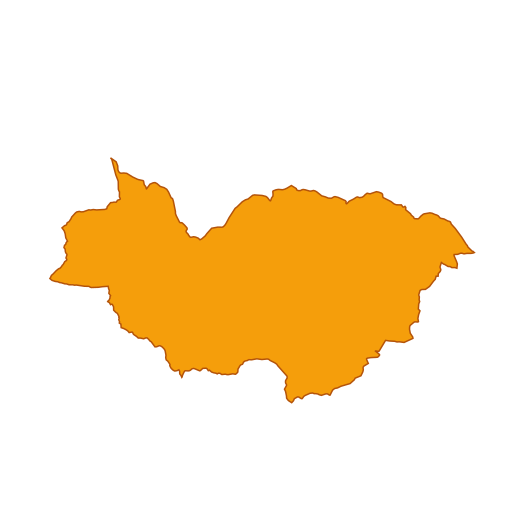 the district of Dong Giang, Quàng Nam, Vietnam, rotated 216°
{"feature_id": "81297802B9107629386142", "entity_name": "Dong Giang", "entity_type": "district", "adm_level": 2, "iso_a3": "VNM", "parent_name": "Vietnam", "parent_adm1": "Quàng Nam", "projection": "orthographic", "projection_center": [107.776, 15.912], "detail": "fine", "context": "isolated", "style": "filled", "palette": "amber", "viewbox_px": 512, "rotation_deg": 216, "n_neighbors": 0, "source": "geoboundaries", "source_scale": "gbopen_adm2", "svg_char_len": 6108}
<svg xmlns="http://www.w3.org/2000/svg" viewBox="0 0 512 512"><g transform="rotate(216 256 256)"><path d="M431.4,249.9L429.5,249.4L417.2,239.3L411.8,235.8L411.1,235.1L406.6,229.1L405.3,228.1L404.2,227.7L401.3,223.6L399.6,222.7L399.3,222.3L399.5,221.5L400.8,219.7L400.7,217.5L400.9,217.2L402.6,216.1L403.3,215.2L405.0,213.7L405.3,209.1L405.3,208.3L404.5,206.5L405.7,204.8L412.0,199.6L415.0,197.9L416.8,196.0L418.4,195.1L421.7,190.3L423.4,188.9L425.2,188.2L426.9,186.3L427.4,184.7L428.0,179.1L427.6,177.6L427.4,174.0L428.3,171.9L427.7,170.0L427.9,169.1L428.7,168.1L429.5,164.7L426.1,163.7L423.4,161.8L420.6,158.9L417.2,157.2L417.4,156.7L417.4,154.9L416.8,153.7L417.2,152.1L416.3,149.9L414.5,149.4L412.7,147.4L411.6,146.7L410.1,146.3L409.6,145.8L408.6,142.7L407.1,142.1L406.7,141.0L407.4,139.0L407.0,135.7L407.3,134.5L407.1,133.4L407.3,131.4L407.5,130.6L407.9,130.2L408.3,129.3L409.0,126.7L409.6,122.1L410.1,120.1L409.6,117.7L409.5,116.6L406.7,116.4L403.5,117.4L401.1,118.7L399.2,119.1L397.8,119.9L394.3,121.1L392.8,122.1L390.4,122.8L387.3,125.0L385.7,125.7L384.3,126.9L377.0,130.7L373.4,133.2L371.5,133.4L370.6,133.8L365.2,138.0L362.2,140.9L357.8,144.6L356.0,142.9L354.5,142.0L353.1,139.3L350.3,138.4L350.2,137.3L349.4,136.2L349.0,134.3L349.0,133.3L349.3,132.4L349.2,131.9L347.1,132.1L345.1,131.1L344.5,132.1L343.8,132.4L341.4,131.2L339.3,128.5L336.3,128.0L334.5,128.1L333.2,127.5L331.1,126.3L330.9,125.7L330.2,125.4L329.6,123.8L327.7,122.6L327.2,121.4L325.3,121.5L323.0,118.8L320.3,119.6L317.5,120.0L315.6,120.0L313.6,119.5L311.6,121.6L310.9,121.6L309.0,120.6L305.1,120.7L303.1,120.4L301.2,121.7L298.2,123.0L297.0,125.0L296.0,125.7L293.9,125.5L291.9,124.9L290.3,125.0L284.3,123.1L283.0,124.2L281.6,126.5L280.6,127.1L278.7,127.3L276.0,126.9L274.0,126.1L270.5,122.8L269.3,120.7L267.6,119.2L265.6,119.1L262.3,117.9L261.8,117.6L261.3,116.6L259.5,115.6L258.4,115.2L255.8,114.9L254.1,115.2L252.5,116.8L251.5,118.6L250.1,117.9L248.4,115.8L246.6,115.3L244.7,114.2L244.7,114.8L245.3,116.2L246.0,119.6L246.0,121.2L245.8,121.6L243.3,123.2L242.4,124.1L241.9,125.1L241.5,127.0L240.6,128.2L239.6,128.7L234.1,130.0L233.6,130.6L233.0,133.8L230.4,135.9L229.3,136.0L227.2,135.2L226.8,135.5L226.5,136.3L223.8,136.0L221.7,136.6L219.3,137.7L218.1,137.8L217.6,139.0L216.3,139.9L214.0,140.0L211.3,142.4L209.9,142.9L208.7,143.7L205.6,147.0L203.2,148.2L202.7,149.3L202.5,151.4L204.1,153.9L204.5,158.1L204.3,159.0L203.3,160.5L203.7,163.0L203.1,164.7L201.6,166.3L200.9,167.9L198.6,169.4L194.9,173.3L190.4,175.7L186.5,179.2L185.1,179.9L183.1,179.8L178.3,180.6L175.7,180.7L173.8,180.0L160.5,177.1L159.9,176.7L159.1,175.6L158.8,172.6L158.1,171.4L157.3,170.6L155.8,169.9L155.2,169.2L154.7,165.0L152.8,164.0L151.6,163.0L149.1,160.7L147.7,159.0L145.7,158.3L144.5,158.1L140.9,158.3L140.6,160.9L141.1,163.1L139.6,166.4L138.7,167.0L135.8,167.2L135.0,167.5L134.8,167.8L134.8,170.6L134.3,172.0L131.6,176.7L129.7,178.4L128.1,178.8L126.5,179.9L124.9,180.7L123.4,180.9L121.2,181.7L118.4,185.6L117.0,186.5L114.9,186.6L114.3,187.0L115.2,192.5L114.5,195.0L112.5,197.2L110.7,200.6L104.9,208.1L103.7,213.7L104.0,215.4L100.7,220.8L101.5,225.1L102.3,227.0L103.6,228.4L104.0,229.2L104.0,230.4L102.0,235.1L105.6,237.2L106.2,238.0L105.8,238.9L103.4,241.3L98.9,244.9L98.2,245.6L97.8,246.7L97.8,248.5L98.2,248.9L103.4,249.3L103.3,249.6L101.1,250.6L100.5,251.4L101.6,263.9L97.9,265.8L93.7,268.5L91.5,269.3L89.5,270.9L85.4,273.1L80.6,281.6L81.6,282.6L85.8,284.2L88.7,286.9L90.1,289.0L90.5,290.4L89.3,295.2L88.8,296.1L86.2,297.8L86.0,298.4L88.3,300.6L90.0,304.2L91.1,308.0L93.5,308.5L96.2,312.9L96.8,315.3L98.3,316.5L99.8,318.9L101.2,319.9L101.6,320.4L103.0,324.5L102.9,325.0L102.1,326.4L99.3,328.6L97.7,333.4L97.6,339.9L97.3,342.5L98.4,345.5L96.8,346.7L98.2,349.0L97.9,351.6L98.1,352.8L98.6,353.7L100.7,355.2L102.2,359.7L99.6,359.7L98.2,360.1L94.5,360.4L92.6,361.6L90.8,361.7L88.2,363.6L86.3,364.2L88.4,367.9L90.2,369.2L96.0,372.7L96.6,373.6L93.8,375.9L92.2,378.4L91.0,379.3L89.0,380.0L86.8,382.2L83.6,384.5L82.1,386.0L81.4,387.1L83.2,387.3L83.7,387.0L84.9,387.1L89.8,387.8L91.3,388.7L92.8,389.0L100.6,392.1L111.0,395.4L116.8,396.6L118.5,397.7L119.0,397.8L120.2,397.6L121.4,397.1L125.6,396.5L128.7,395.1L129.6,395.0L132.2,395.6L133.8,395.4L135.9,394.7L138.7,394.1L140.7,393.1L144.7,389.0L145.3,388.0L146.1,385.0L146.3,382.5L146.7,381.3L149.7,379.4L150.6,379.5L151.3,380.1L154.3,380.3L155.8,381.0L161.9,381.4L162.4,381.7L163.1,383.1L163.6,383.4L164.7,383.7L165.1,382.6L165.7,382.1L166.1,382.0L168.4,382.8L172.4,380.0L174.6,379.3L178.9,379.4L187.4,378.0L188.3,378.5L189.9,380.3L190.7,380.5L191.3,380.6L194.3,379.8L196.4,378.8L200.3,373.3L203.0,372.1L203.7,370.0L204.0,367.8L204.6,366.0L206.6,364.0L208.5,363.5L209.3,362.6L210.6,359.3L212.8,355.1L213.2,352.0L213.6,351.4L214.4,351.7L215.1,353.0L216.2,353.3L224.0,351.7L227.0,350.5L227.7,349.7L228.9,347.1L231.4,345.4L234.7,344.6L238.2,343.3L244.4,343.6L246.3,343.4L248.0,342.8L249.7,340.8L250.7,340.1L255.3,338.4L257.0,337.5L257.8,336.5L258.6,334.9L260.3,333.7L262.0,333.4L263.0,334.2L263.7,334.2L268.8,333.8L270.8,329.1L272.1,326.8L273.6,325.1L276.8,323.2L277.7,322.4L278.8,321.2L280.4,318.7L280.2,317.9L278.6,316.1L277.5,314.4L277.5,312.0L276.7,309.4L276.9,309.0L277.7,309.0L281.1,310.0L283.1,310.0L286.6,308.6L293.2,304.5L294.4,303.1L295.9,297.5L297.6,295.2L299.0,291.7L300.2,284.6L300.9,282.3L300.3,271.2L299.4,264.9L299.3,263.0L299.6,260.6L300.3,259.4L303.9,256.9L308.2,252.4L308.9,245.2L308.9,242.4L310.0,237.8L310.9,236.2L313.2,236.5L316.0,235.8L317.8,234.9L319.7,232.8L320.5,232.6L322.8,233.2L323.5,233.7L326.1,234.2L327.0,234.7L327.3,235.3L327.5,237.4L328.4,238.2L332.0,239.0L335.1,239.4L335.8,239.2L336.8,238.4L337.9,238.5L344.2,241.7L346.1,243.0L347.4,244.7L355.0,251.7L357.0,253.2L357.7,253.4L358.7,253.2L359.4,253.5L364.3,256.3L367.4,257.5L370.5,257.3L374.3,256.0L378.8,256.4L380.9,256.0L382.2,254.8L384.0,251.8L384.0,246.0L384.2,245.9L386.1,247.4L387.9,247.8L388.8,248.4L391.0,250.5L391.7,250.6L395.8,248.8L397.0,248.4L402.3,247.4L409.1,246.9L411.8,245.4L414.0,243.5L415.6,243.2L417.4,243.9L418.4,244.6L420.8,247.6L424.5,250.0L431.4,249.9Z" fill="#f59e0b" stroke="#b45309" stroke-width="1.5"/></g></svg>